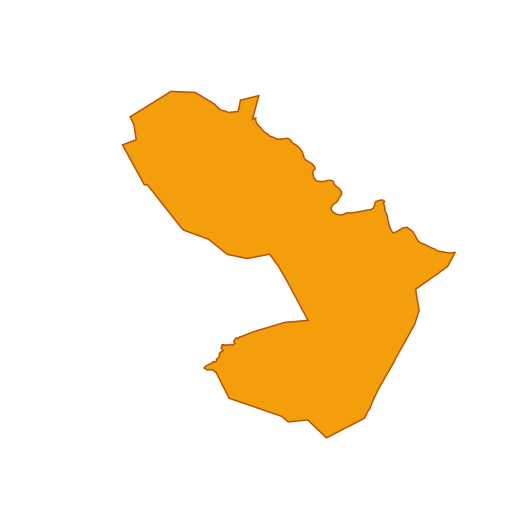 outline of Santiago Tetepec, Oaxaca, Mexico, rotated 307°
{"feature_id": "50627088B18876706732637", "entity_name": "Santiago Tetepec", "entity_type": "district", "adm_level": 2, "iso_a3": "MEX", "parent_name": "Mexico", "parent_adm1": "Oaxaca", "projection": "natural_earth1", "projection_center": [-97.666, 16.359], "detail": "fine", "context": "isolated", "style": "filled", "palette": "amber", "viewbox_px": 512, "rotation_deg": 307, "n_neighbors": 0, "source": "geoboundaries", "source_scale": "gbopen_adm2", "svg_char_len": 5505}
<svg xmlns="http://www.w3.org/2000/svg" viewBox="0 0 512 512"><g transform="rotate(307 256 256)"><path d="M378.7,412.9L378.5,412.4L377.2,411.5L374.6,408.6L370.9,400.9L369.4,398.1L369.0,394.2L367.7,389.7L367.0,385.1L365.3,378.1L366.4,374.4L369.8,366.9L369.9,362.8L369.8,361.7L369.7,359.2L366.6,356.3L360.4,353.9L357.6,352.0L356.8,351.2L359.3,345.7L363.7,340.2L365.4,338.2L366.0,338.0L368.2,335.0L368.4,334.2L370.7,330.5L371.4,330.4L372.6,329.6L373.2,328.4L374.0,327.6L374.6,326.2L375.3,325.8L375.7,326.0L376.7,326.1L377.0,325.3L377.1,324.4L376.5,323.0L375.5,321.6L374.2,320.8L373.0,319.8L371.3,319.0L369.9,319.2L367.8,320.3L364.9,320.8L362.6,320.1L361.0,318.8L360.0,317.7L358.6,316.2L355.5,313.7L354.1,312.2L352.6,310.9L350.8,309.2L349.3,307.7L348.0,306.4L346.4,304.4L345.6,303.1L345.0,302.5L342.9,301.2L341.4,300.8L340.5,299.8L339.7,299.0L338.7,297.5L338.1,295.9L337.7,294.0L337.6,292.7L337.5,291.4L337.6,290.2L337.8,289.5L338.2,288.5L338.8,287.7L339.6,287.2L340.8,287.0L342.2,286.6L343.4,286.7L344.4,287.1L346.2,287.5L347.2,288.0L349.5,288.1L351.5,287.7L352.7,287.3L353.6,287.4L354.9,287.5L356.2,287.4L357.3,286.8L357.9,286.3L358.7,285.6L359.7,283.2L360.0,281.2L359.9,279.1L359.9,278.4L360.0,277.7L359.9,276.9L360.2,276.2L360.3,275.5L360.4,274.8L360.8,274.4L361.7,273.6L362.0,273.2L362.1,272.8L362.0,271.9L361.8,271.1L361.3,270.2L360.7,269.1L359.6,267.9L358.1,266.7L357.5,266.3L357.2,266.1L356.7,265.7L356.5,265.4L355.9,264.9L354.7,263.1L353.3,261.1L352.7,259.7L352.7,258.2L352.8,257.4L353.0,256.4L353.2,255.7L353.6,254.8L354.3,254.0L355.7,252.2L356.1,251.9L356.4,251.3L356.7,251.2L357.0,251.2L357.6,250.7L358.7,250.3L359.6,250.5L360.4,250.8L361.3,250.7L362.0,250.1L362.4,249.3L362.8,249.0L362.6,248.0L363.0,247.2L363.0,246.9L363.2,246.7L363.2,246.0L363.3,245.4L363.3,244.7L363.3,243.7L363.3,243.1L363.2,242.6L363.0,242.2L362.8,241.6L362.9,240.6L362.8,239.5L362.7,238.2L362.6,237.6L362.9,237.0L362.9,236.5L363.0,235.9L363.8,234.9L364.2,234.2L365.0,233.1L366.0,231.8L366.7,230.7L367.1,230.0L367.5,228.9L367.8,227.7L368.2,226.8L368.4,225.4L368.6,224.2L368.7,223.3L368.7,222.5L368.8,221.5L368.7,220.1L368.4,219.1L368.3,218.0L368.3,217.4L368.4,217.0L368.4,216.4L368.6,215.5L369.0,215.2L369.3,214.2L369.3,213.3L369.4,212.6L369.3,211.7L369.0,211.0L369.0,210.5L368.7,210.3L368.3,209.6L367.8,209.0L367.4,208.7L366.9,208.3L366.0,207.4L365.4,206.7L364.9,206.2L364.4,205.5L363.9,205.1L363.5,204.9L363.3,204.5L363.1,204.0L362.8,203.5L362.6,203.4L362.6,203.1L362.3,202.6L362.1,202.1L361.9,201.3L361.8,201.0L361.5,200.4L361.4,199.8L361.4,199.3L361.3,198.6L361.1,198.2L360.9,197.4L360.6,196.8L360.3,196.3L360.4,196.1L360.2,195.6L360.1,194.9L360.1,194.4L360.3,193.4L360.3,192.7L360.3,192.1L360.4,191.5L360.3,190.7L360.2,189.7L360.2,189.3L360.1,188.8L360.1,188.1L360.2,187.7L360.2,187.1L360.2,186.7L360.1,186.4L360.3,186.0L360.5,185.5L360.6,184.9L360.7,184.3L360.8,183.6L361.0,183.1L361.2,182.6L361.3,182.1L361.4,181.6L361.5,180.7L361.6,180.1L361.9,179.1L362.1,178.3L362.2,177.4L362.5,176.6L362.9,175.9L363.2,175.4L363.6,174.8L364.0,174.3L364.7,173.6L365.5,173.1L366.1,172.7L363.0,171.0L385.8,161.7L371.1,149.8L360.7,154.8L354.1,147.6L353.1,143.9L351.6,140.6L351.3,139.5L351.6,137.5L351.6,135.8L351.8,134.2L352.1,132.8L352.4,132.0L350.1,109.1L336.2,89.0L310.0,78.9L291.5,71.7L287.4,79.5L276.8,90.3L264.4,82.5L250.0,114.3L245.7,123.8L247.4,126.7L233.6,179.2L233.1,182.5L240.8,208.2L240.0,232.1L248.5,250.2L265.6,265.8L264.4,270.0L263.5,273.1L262.7,274.9L261.4,280.2L259.2,284.8L256.5,291.6L253.7,297.8L253.3,298.8L251.7,302.3L250.1,305.5L248.3,309.4L245.1,316.4L243.9,318.9L242.6,321.8L240.8,325.6L236.2,335.6L235.9,336.3L231.5,331.4L226.6,326.0L220.5,319.1L211.8,312.7L203.9,306.9L202.6,305.9L202.2,305.6L196.3,301.2L190.1,297.2L188.8,296.5L185.3,294.2L184.0,293.4L183.3,293.2L182.3,292.3L181.9,292.0L181.7,291.8L181.7,291.7L181.4,291.5L181.0,291.5L179.6,291.6L179.4,290.5L179.3,290.3L178.5,289.6L178.2,289.6L177.9,289.4L177.7,289.4L177.3,289.3L176.7,289.5L176.2,289.6L174.8,289.6L174.7,289.6L174.4,289.9L174.2,290.1L174.0,290.7L173.4,291.7L172.8,291.5L171.3,291.2L170.9,291.1L171.0,290.7L170.7,290.0L170.3,289.5L169.9,288.9L169.5,288.7L169.1,288.5L168.1,287.5L167.7,286.3L167.4,286.0L167.1,285.9L166.9,285.9L166.5,286.1L166.2,286.0L166.1,285.4L166.1,285.0L166.0,284.1L164.9,282.5L164.7,282.4L164.2,282.5L163.9,283.3L163.8,283.5L163.5,283.2L163.4,283.1L163.0,283.0L162.8,283.1L162.7,283.2L162.3,283.3L162.0,283.4L161.5,283.7L161.1,284.1L161.0,284.4L161.2,285.6L161.0,286.4L160.9,286.5L160.3,286.6L159.8,286.5L159.5,286.1L159.4,286.0L158.7,285.6L158.3,285.6L158.1,285.7L157.7,286.0L157.5,285.7L157.0,285.6L156.7,285.5L156.1,285.3L155.8,285.9L155.8,286.0L155.7,286.1L155.3,286.4L155.1,286.4L154.8,286.4L154.3,286.9L154.0,287.0L152.9,287.0L152.7,287.0L152.1,287.0L151.5,286.9L151.2,287.0L150.4,286.9L150.1,286.6L149.7,286.5L148.9,287.3L148.6,287.5L148.0,287.5L147.7,287.5L147.0,287.3L146.6,286.8L146.5,286.3L146.4,286.0L146.1,286.1L145.9,285.4L145.5,285.3L144.0,285.3L143.4,284.8L138.3,282.4L138.2,282.3L135.6,281.8L135.3,282.1L135.6,285.4L137.1,287.1L138.6,289.5L139.0,291.1L138.8,292.3L139.2,293.7L129.4,313.6L126.2,320.1L126.9,322.3L131.2,335.4L143.4,373.0L142.9,381.6L156.2,396.0L153.2,421.7L191.8,440.3L194.2,439.8L198.5,438.9L202.5,438.7L209.8,436.7L213.7,435.8L219.6,434.7L219.8,434.6L222.1,434.1L222.9,434.0L223.9,433.8L242.3,431.5L255.9,429.8L256.1,429.4L280.0,426.2L296.9,423.8L310.5,419.2L325.5,403.5L334.0,406.2L352.4,412.1L363.1,415.3L378.7,412.9Z" fill="#f59e0b" stroke="#b45309" stroke-width="1.5"/></g></svg>